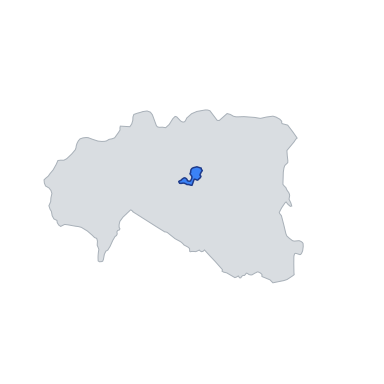 location of Kourwéogo within Burkina Faso, rotated 33°
{"feature_id": "BFA-2813", "entity_name": "Kourwéogo", "entity_type": "Province", "adm_level": 1, "iso_a3": "BFA", "parent_name": "Burkina Faso", "parent_adm1": "", "projection": "natural_earth1", "projection_center": [-1.818, 12.584], "detail": "fine", "context": "in_parent", "style": "filled", "palette": "blue", "viewbox_px": 384, "rotation_deg": 33, "n_neighbors": 0, "source": "natural_earth", "source_scale": "10m", "svg_char_len": 3997}
<svg xmlns="http://www.w3.org/2000/svg" viewBox="0 0 384 384"><g transform="rotate(33 192 192)"><path d="M273.7,240.5L265.2,240.9L262.1,242.0L260.2,242.0L260.1,241.1L259.9,240.6L249.2,237.6L241.6,235.8L234.0,233.8L233.6,235.7L232.5,236.9L230.8,237.0L229.7,236.7L228.9,238.1L227.6,240.0L225.9,240.9L224.1,242.0L223.2,243.0L222.5,243.1L220.7,240.7L218.4,240.4L214.1,240.8L212.1,240.2L209.4,239.9L203.2,240.4L193.1,239.4L191.5,239.9L191.0,240.3L181.1,240.5L170.1,240.6L161.0,240.7L153.0,240.8L152.9,240.4L150.4,240.3L150.1,241.1L147.8,250.7L147.5,256.0L148.7,259.2L150.1,261.3L151.6,262.1L151.8,263.3L150.6,264.8L150.7,266.3L152.1,267.9L152.4,269.6L151.7,271.3L151.9,275.6L152.9,282.2L153.0,286.6L152.0,288.5L152.4,291.9L154.4,296.7L154.8,298.7L154.0,299.7L152.4,300.9L150.8,300.9L148.8,298.0L148.0,296.7L146.4,293.7L145.1,290.8L143.3,289.5L141.5,288.3L139.4,284.6L137.3,282.8L135.1,283.3L131.9,282.6L125.5,281.7L118.5,281.9L115.7,282.8L112.8,284.2L105.6,287.2L102.8,288.6L100.6,292.4L98.2,292.3L95.7,291.1L94.2,289.4L90.9,289.8L87.7,288.1L84.7,284.9L82.4,283.8L79.5,281.5L78.7,277.0L76.9,273.8L75.3,269.5L72.8,267.5L69.9,266.5L65.9,266.7L63.3,264.9L61.3,262.4L61.8,260.1L62.8,257.0L62.9,254.0L63.5,249.1L63.1,242.9L62.4,238.6L64.6,236.8L67.2,235.2L68.8,232.3L70.4,225.8L71.1,220.1L70.6,218.0L69.8,216.4L69.1,213.9L68.8,211.0L69.2,208.4L71.1,206.0L73.5,204.0L75.3,203.0L79.8,202.0L85.4,200.5L88.7,198.8L91.1,197.1L92.4,195.8L93.8,193.0L96.0,190.9L97.6,188.7L97.9,182.7L97.9,179.3L96.6,177.4L96.0,175.8L104.3,171.1L104.4,167.8L103.3,164.1L101.6,161.2L101.0,158.6L103.3,155.6L105.4,153.3L106.9,151.4L110.2,148.5L113.6,147.7L116.7,148.8L125.9,155.7L127.4,156.2L129.3,155.6L131.8,153.8L134.9,152.4L136.1,147.8L136.0,140.9L136.7,137.8L138.3,137.3L143.6,138.6L145.0,138.6L146.5,138.2L147.6,137.0L147.6,134.8L147.3,132.9L149.0,126.6L152.2,121.8L158.5,115.9L160.5,114.7L162.8,114.1L174.1,118.2L175.9,117.2L178.7,107.1L181.8,106.1L185.5,105.9L187.9,105.0L189.1,104.3L194.5,100.5L204.0,95.3L209.1,93.1L210.1,92.2L213.7,88.5L218.6,84.3L221.7,83.4L226.0,83.1L228.7,83.8L229.4,85.0L230.3,85.6L235.8,83.8L243.9,86.7L250.8,89.5L250.3,91.3L250.3,94.5L249.7,99.5L249.0,105.5L251.9,109.4L255.3,113.5L256.3,115.2L255.4,119.3L256.0,121.7L257.8,125.7L260.9,130.8L264.1,136.1L266.3,136.8L268.4,137.2L269.6,138.1L271.5,139.1L273.3,139.7L274.9,140.8L275.9,141.9L277.3,145.2L280.8,147.3L283.3,149.4L282.3,150.5L279.2,150.1L276.3,149.1L275.9,150.7L275.8,156.6L276.3,161.6L277.0,162.2L279.9,163.2L286.9,169.6L293.3,175.7L295.4,177.2L298.9,177.8L302.8,178.1L304.5,177.5L308.3,174.5L310.3,174.1L312.2,174.2L313.2,174.7L315.0,177.2L316.8,181.0L317.3,183.8L317.1,185.3L316.5,185.8L313.4,186.6L312.1,187.1L311.7,187.9L312.2,189.8L312.8,191.0L316.3,196.5L321.2,203.8L322.7,205.7L321.9,207.9L319.4,213.6L317.5,216.0L309.3,224.1L305.2,223.2L296.7,224.8L295.5,223.0L293.5,222.7L291.0,223.0L290.1,223.7L289.8,224.5L289.0,225.7L287.4,228.9L286.2,229.7L284.7,230.2L282.8,230.1L281.7,230.5L281.7,232.1L281.4,233.5L280.2,234.2L279.6,235.8L279.7,237.3L279.0,238.0L277.4,237.6L276.5,237.2L275.6,239.2L274.5,240.5L273.7,240.5Z" fill="#d9dde1" stroke="#a8b0b8" stroke-width="1"/><path d="M182.0,185.0L183.0,184.8L184.3,184.1L184.7,183.5L184.5,181.5L184.2,180.2L183.4,179.1L182.3,178.5L181.2,178.2L180.4,177.8L180.2,177.0L180.2,176.2L179.9,175.8L179.7,175.6L179.5,175.1L179.0,173.8L179.1,172.4L179.8,171.0L182.4,168.2L186.7,167.0L187.5,167.9L187.9,168.1L188.3,168.1L188.9,168.4L189.0,169.3L188.9,170.4L189.2,172.6L189.4,173.3L189.8,173.7L190.9,173.9L191.1,174.6L191.1,175.8L191.0,176.2L190.7,177.1L190.5,178.0L190.3,178.9L189.6,179.3L189.1,179.3L188.1,179.5L187.4,179.8L187.0,180.0L187.0,180.7L188.2,185.7L188.3,186.4L187.4,186.9L185.3,187.5L184.0,188.3L183.7,188.5L183.1,188.5L181.8,188.6L180.5,188.9L179.3,189.7L178.1,190.8L176.9,191.4L175.9,191.0L175.2,190.3L175.6,189.4L176.4,188.1L176.7,186.6L177.2,185.4L177.6,184.6L178.3,184.0L179.5,183.9L180.4,184.0L181.3,184.4L182.0,185.0Z" fill="#3b82f6" stroke="#1e3a8a" stroke-width="1.5"/></g></svg>